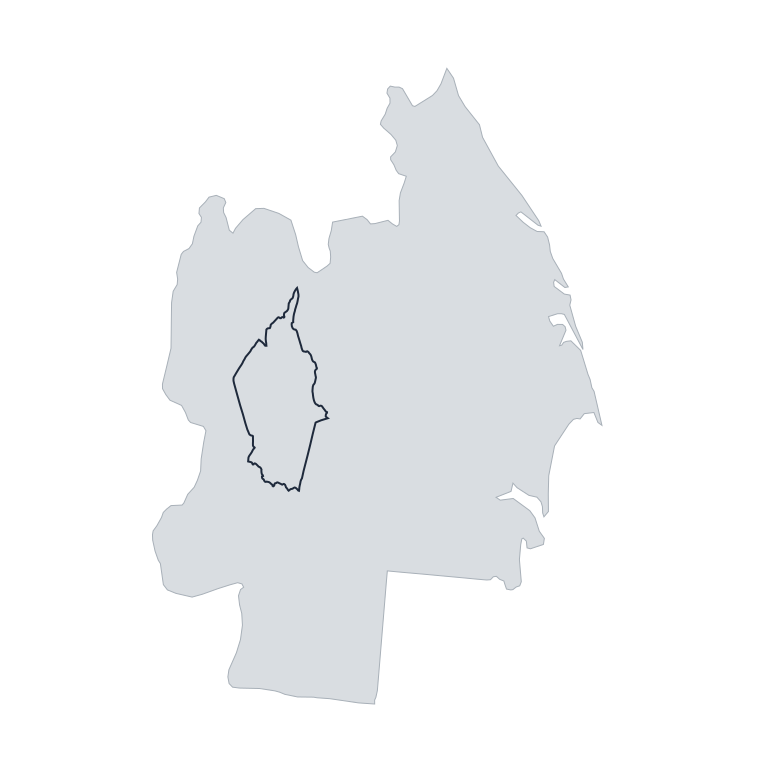 Mouloundou, Ogooué-Lolo, Gabon (highlighted), rotated 185°
{"feature_id": "22940354B50404497002370", "entity_name": "Mouloundou", "entity_type": "district", "adm_level": 2, "iso_a3": "GAB", "parent_name": "Gabon", "parent_adm1": "Ogooué-Lolo", "projection": "equal_earth", "projection_center": [12.887, -0.678], "detail": "fine", "context": "in_parent", "style": "outline", "palette": "slate", "viewbox_px": 768, "rotation_deg": 185, "n_neighbors": 0, "source": "geoboundaries", "source_scale": "gbopen_adm2", "svg_char_len": 7349}
<svg xmlns="http://www.w3.org/2000/svg" viewBox="0 0 768 768"><g transform="rotate(185 384 384)"><path d="M514.0,78.6L513.6,85.8L507.6,103.4L504.7,116.9L504.0,131.4L505.7,143.0L508.6,151.3L510.5,160.4L509.0,166.7L506.1,169.3L508.1,172.5L512.5,173.3L520.0,170.5L531.5,165.7L546.7,158.7L556.6,155.0L573.0,157.3L581.8,160.0L586.3,164.9L591.1,185.6L593.5,188.8L597.5,197.6L600.8,208.2L601.5,213.6L601.2,217.5L597.8,223.2L594.0,231.7L592.7,236.8L589.6,240.5L585.6,244.3L574.6,245.8L573.0,248.0L569.9,257.0L564.1,264.6L561.5,271.8L559.1,281.4L559.6,293.3L558.5,310.4L557.3,321.9L560.2,326.0L573.3,328.8L575.8,331.1L579.3,338.3L583.8,345.0L595.8,349.2L600.4,354.4L604.2,360.0L604.7,364.6L601.9,383.2L599.3,401.0L600.3,414.6L601.3,427.6L602.7,446.4L602.1,458.0L598.7,465.0L598.7,470.5L600.3,477.1L597.3,495.5L595.3,498.6L590.0,502.0L587.1,507.0L586.2,514.7L583.3,525.3L580.4,529.2L580.4,534.1L583.2,537.7L583.2,543.3L577.8,549.8L574.6,554.9L567.5,557.3L559.3,554.7L557.4,551.0L559.4,545.4L558.7,540.8L555.8,536.0L551.5,523.7L547.6,521.1L545.5,526.1L538.8,535.5L527.1,547.5L518.9,548.5L503.7,544.8L491.0,539.1L485.0,525.0L481.2,513.3L475.8,499.8L469.7,493.4L463.2,489.3L460.3,489.0L451.0,496.5L448.2,499.5L448.2,505.8L449.1,511.7L450.5,514.6L451.7,518.3L451.5,524.2L449.9,532.1L449.3,540.8L420.1,549.3L415.1,546.2L411.4,542.3L407.0,543.0L394.3,547.4L389.7,544.3L385.1,542.1L383.0,544.0L382.8,547.7L384.9,568.1L384.3,575.8L381.4,586.0L379.9,592.9L387.7,594.8L390.5,598.0L393.2,603.2L396.9,608.0L397.2,610.8L392.9,616.2L391.5,622.7L393.5,627.9L398.8,633.2L406.5,638.8L410.2,642.4L409.8,645.8L406.3,652.9L404.9,658.9L402.5,664.3L403.0,669.3L406.4,674.0L406.1,678.2L403.7,681.3L398.9,680.7L394.9,681.1L391.3,679.8L379.9,663.7L377.4,663.2L360.9,675.6L356.8,680.7L353.4,688.0L348.9,703.9L341.4,694.7L334.9,677.8L327.4,667.4L311.5,650.6L307.3,638.3L289.1,611.0L263.0,583.8L244.1,560.2L241.3,554.9L244.4,555.6L262.6,567.4L265.1,566.0L267.2,563.4L259.4,557.2L251.9,552.4L244.8,549.3L237.8,549.6L233.8,544.6L231.2,537.0L229.9,530.5L226.8,523.7L216.8,509.7L214.4,504.2L208.9,496.8L212.2,495.9L223.0,502.9L223.9,500.1L223.0,496.0L212.2,489.3L206.4,488.8L205.0,484.1L205.8,478.7L198.1,458.2L190.1,442.9L188.8,435.7L210.4,469.0L213.3,469.5L217.1,469.2L226.0,465.5L224.3,461.1L220.3,456.3L216.4,458.5L211.3,458.9L208.6,456.9L207.4,453.5L212.5,437.4L210.3,438.2L208.7,441.1L205.9,442.4L201.6,443.3L191.0,434.6L181.6,411.3L179.1,406.5L176.6,398.4L174.1,395.0L163.3,361.8L167.5,364.3L172.4,373.9L181.9,371.9L185.6,366.3L188.9,366.5L192.2,365.3L196.4,360.0L208.7,337.2L211.9,307.0L210.8,289.1L209.1,271.3L213.1,265.6L214.7,269.4L215.5,275.7L217.4,280.4L221.8,284.6L229.9,285.7L242.4,292.3L246.9,296.5L248.1,288.1L262.5,280.9L258.1,278.4L245.3,281.2L227.7,270.5L221.9,263.8L216.5,250.9L210.8,244.2L211.2,238.1L223.8,232.6L227.2,233.2L228.5,239.9L231.9,242.6L233.2,241.7L233.8,236.0L233.8,220.8L230.0,199.0L231.2,194.8L234.6,193.3L237.7,190.4L239.8,189.9L244.1,190.4L246.3,195.4L247.4,198.2L251.7,199.5L255.3,202.2L258.3,201.5L260.9,198.3L264.6,197.7L276.1,197.7L286.5,197.8L307.3,197.9L328.0,198.0L348.8,198.0L364.4,198.1L364.4,185.7L364.3,166.4L364.2,143.7L364.1,121.9L364.0,101.8L363.9,78.0L364.8,71.1L365.8,68.3L365.4,64.4L381.5,64.1L410.6,65.8L423.3,65.6L426.9,65.9L442.8,64.7L455.7,66.2L461.1,67.9L466.0,68.8L481.4,69.8L501.6,68.5L508.4,68.8L512.2,72.1L514.0,78.6Z" fill="#d9dde1" stroke="#a8b0b8" stroke-width="1"/><path d="M459.4,270.2L459.3,271.1L459.3,273.7L459.1,275.7L458.9,276.8L458.6,279.9L458.2,281.4L457.5,282.9L456.5,290.6L453.9,306.2L452.2,317.1L450.6,328.2L448.8,339.5L448.2,340.0L443.4,342.4L437.0,345.0L437.8,345.5L438.6,346.1L439.2,346.6L439.3,347.3L439.2,348.8L438.8,349.6L438.3,350.3L438.3,351.0L438.8,351.2L439.4,351.4L439.9,351.9L440.6,352.8L441.6,353.8L442.4,354.7L443.4,355.9L444.2,356.7L445.1,356.9L445.6,356.8L446.2,356.5L446.7,356.3L447.4,356.5L447.7,356.9L448.3,357.3L449.0,357.6L449.9,357.9L450.6,358.5L451.3,359.4L451.9,360.6L452.3,361.4L452.8,362.9L453.2,364.2L453.8,366.8L454.1,368.4L454.6,370.2L454.7,371.9L454.7,373.8L454.7,375.2L454.3,377.0L453.5,378.1L453.1,379.0L452.8,380.8L452.6,382.5L452.4,383.9L452.4,384.9L452.8,385.9L453.0,386.7L453.4,388.1L453.7,389.0L453.9,390.2L453.8,391.2L453.4,392.1L452.9,392.7L452.2,393.4L452.3,394.2L452.8,394.9L453.1,395.9L453.5,397.2L454.0,398.3L454.6,399.4L455.7,399.9L456.6,400.3L457.1,400.9L457.8,402.1L458.2,403.2L458.5,404.2L458.9,405.3L459.7,406.8L460.4,407.5L461.3,408.3L462.0,409.2L463.0,409.8L463.5,409.9L464.0,409.5L464.5,409.2L465.7,409.4L466.7,409.4L467.7,409.8L468.1,410.3L468.6,411.3L469.2,412.6L469.9,414.8L470.8,416.9L472.0,420.0L473.8,424.4L474.7,427.1L475.6,429.2L476.7,430.4L478.2,430.5L479.7,431.4L480.8,433.4L481.2,435.3L481.2,436.6L479.8,437.7L480.0,439.1L480.0,440.8L480.0,443.2L479.8,445.6L479.5,447.4L479.2,448.7L479.0,450.6L478.5,452.8L478.1,454.9L477.6,456.8L477.3,459.2L477.1,461.5L476.8,463.8L477.0,465.6L477.5,467.4L477.9,468.9L478.6,471.0L479.0,472.1L479.8,471.0L480.7,469.3L481.3,467.9L481.8,466.4L482.0,464.9L482.0,464.0L482.4,461.9L483.0,461.1L484.1,460.1L484.8,459.1L485.0,457.9L485.3,457.2L485.9,456.0L485.9,450.7L486.2,449.7L487.0,448.3L488.0,447.4L488.6,446.9L489.2,446.4L489.6,445.8L489.7,444.6L489.7,443.6L489.3,442.9L489.1,442.4L489.2,441.7L489.8,441.4L490.4,441.7L491.2,441.8L491.8,441.4L492.4,440.6L493.2,440.5L493.9,440.9L494.7,441.3L495.6,440.9L497.1,438.9L499.8,435.4L501.2,434.2L502.0,433.0L502.1,431.2L502.6,429.7L504.6,429.3L505.3,428.8L505.9,428.0L505.9,421.1L505.8,418.5L505.3,415.9L504.9,414.5L504.7,413.0L504.5,411.9L505.7,411.8L506.5,412.6L507.3,413.7L508.7,414.7L509.7,415.6L510.9,416.0L511.3,416.6L512.2,417.0L512.5,417.2L512.8,416.8L513.5,415.8L514.0,414.9L514.5,414.3L515.0,413.5L515.0,413.4L515.6,412.1L516.2,410.8L517.2,409.4L518.0,408.9L518.8,407.6L519.4,406.4L519.9,405.1L520.8,403.7L522.9,400.7L523.7,399.6L524.4,398.4L525.1,396.6L526.1,394.6L526.8,392.6L527.6,390.9L529.7,387.1L532.3,381.8L533.6,379.0L534.3,377.6L534.4,376.0L534.2,374.0L533.3,371.2L529.2,360.2L525.4,350.1L521.9,341.5L518.7,332.9L516.2,326.8L514.7,324.0L514.2,323.0L513.6,322.0L512.9,321.6L512.1,321.2L511.4,321.1L510.6,321.0L510.0,320.6L509.8,318.5L509.5,315.5L509.4,313.4L509.2,311.4L508.7,310.4L508.3,310.0L507.6,309.7L507.3,309.3L507.7,308.6L508.5,307.6L509.2,306.2L509.5,305.2L510.1,304.0L510.8,302.7L511.7,301.2L512.3,300.0L512.6,298.9L512.6,297.2L512.6,295.0L512.0,294.9L510.5,294.7L509.1,294.4L508.5,293.8L508.1,292.9L507.6,292.4L507.0,292.5L506.7,293.1L506.1,293.6L505.1,293.5L504.3,293.0L503.6,292.4L502.4,291.4L501.7,290.7L500.8,290.5L500.1,290.1L499.2,289.2L498.6,288.1L498.6,286.9L498.3,285.1L497.9,283.8L497.4,283.0L496.8,282.6L496.5,281.8L497.0,281.6L497.5,281.2L497.4,280.4L497.0,279.4L496.4,278.9L495.5,278.4L495.1,277.6L494.5,276.7L493.8,276.2L493.1,276.2L492.6,276.5L491.1,276.4L489.7,276.1L488.7,275.5L487.8,274.7L486.8,274.1L486.3,273.7L486.2,272.9L485.5,272.4L484.8,272.9L484.5,273.4L484.4,274.4L484.1,275.4L483.5,275.7L482.8,275.9L482.2,276.5L481.4,276.7L480.5,276.4L479.3,275.9L478.1,275.5L477.5,275.2L477.2,275.0L476.5,274.9L476.0,275.3L475.3,275.7L474.7,275.6L473.8,275.0L473.3,274.1L472.6,272.5L471.8,271.8L471.0,270.9L470.5,270.1L469.7,269.4L469.2,269.8L468.5,270.6L467.5,271.3L466.5,271.5L465.7,271.9L465.1,272.5L464.0,273.1L463.0,272.9L461.8,272.0L461.1,271.5L460.3,270.5L459.4,270.2Z" fill="none" stroke="#1e293b" stroke-width="2"/></g></svg>